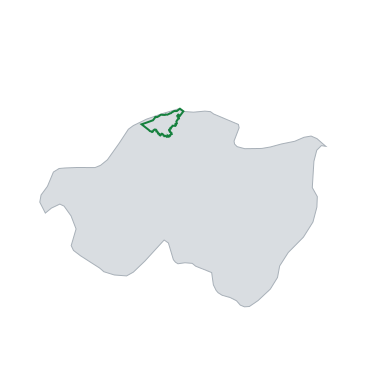 Rubavu, Western, Rwanda (highlighted), rotated 38°
{"feature_id": "39286606B86206624572237", "entity_name": "Rubavu", "entity_type": "district", "adm_level": 2, "iso_a3": "RWA", "parent_name": "Rwanda", "parent_adm1": "Western", "projection": "robinson", "projection_center": [29.369, -1.641], "detail": "fine", "context": "in_parent", "style": "outline", "palette": "green", "viewbox_px": 384, "rotation_deg": 38, "n_neighbors": 0, "source": "geoboundaries", "source_scale": "gbopen_adm2", "svg_char_len": 4862}
<svg xmlns="http://www.w3.org/2000/svg" viewBox="0 0 384 384"><g transform="rotate(38 192 192)"><path d="M157.1,117.3L161.0,117.2L187.0,110.2L189.6,112.4L193.8,126.0L196.0,128.0L199.6,128.5L206.9,125.4L220.2,114.7L226.1,108.2L232.9,99.1L241.7,88.8L246.6,79.9L251.4,74.6L257.6,73.0L264.6,73.4L269.4,73.6L265.4,75.8L264.6,82.3L269.2,92.8L284.1,114.5L293.6,118.5L299.7,127.0L305.8,141.2L307.6,159.0L305.1,180.4L306.6,196.3L312.0,206.7L313.5,220.3L310.9,236.9L307.7,246.9L304.0,250.2L299.7,251.4L294.0,250.3L287.0,251.7L279.4,254.8L274.6,255.3L271.6,254.7L266.0,252.0L257.1,243.4L240.6,248.2L236.1,248.1L230.0,252.1L225.1,257.2L222.1,257.5L219.0,256.8L204.8,246.7L199.6,247.0L197.4,275.5L195.1,291.3L192.1,298.4L181.9,305.2L171.6,309.1L166.0,308.8L143.5,310.9L134.6,311.0L129.8,308.6L123.4,292.5L111.4,285.3L99.9,281.9L95.3,282.9L91.1,291.3L89.4,298.9L78.3,293.7L74.9,287.3L74.6,276.5L70.5,261.6L72.8,255.3L77.2,251.2L86.4,243.4L100.5,232.5L103.5,227.3L105.5,218.7L104.6,198.6L103.2,181.7L104.9,175.7L111.3,162.6L119.9,149.2L130.0,135.0L136.0,133.6L144.0,128.2L152.4,120.3L157.1,117.3Z" fill="#d9dde1" stroke="#a8b0b8" stroke-width="1"/><path d="M138.2,163.9L138.3,163.7L138.2,163.6L138.3,163.5L138.4,163.4L138.5,163.4L138.5,163.2L138.4,162.8L138.4,162.7L138.5,162.7L138.4,162.6L138.5,162.6L138.5,162.3L138.6,162.2L139.0,161.9L139.2,162.0L139.3,162.0L139.9,161.9L140.0,161.9L140.0,161.7L139.9,161.4L140.0,161.4L140.1,161.2L139.8,160.8L139.7,160.6L139.7,160.4L139.7,160.2L139.8,159.9L140.0,159.5L140.1,159.4L140.0,159.2L140.3,158.8L140.1,158.7L139.9,158.6L139.7,158.4L139.6,158.2L139.4,158.2L139.2,158.2L139.0,158.3L138.9,158.2L138.7,158.1L138.3,158.0L138.2,158.0L137.9,157.9L137.8,158.0L137.7,158.0L137.3,157.9L137.1,157.9L137.0,157.7L136.9,157.5L136.9,157.4L136.7,157.2L136.7,157.3L136.6,157.2L136.6,157.3L136.4,157.3L136.3,157.2L136.2,157.2L136.0,157.3L135.9,157.4L135.7,157.3L135.6,157.1L135.6,156.9L135.7,156.7L135.9,156.2L135.8,155.9L135.7,155.4L135.8,155.4L135.9,155.2L136.0,155.1L135.8,155.0L135.9,154.8L135.8,154.6L135.7,154.4L135.8,154.3L135.9,154.2L135.9,153.8L136.0,153.7L136.0,153.4L136.0,153.2L135.9,153.0L136.0,152.8L136.0,152.7L136.0,152.4L136.0,152.2L136.0,151.9L135.9,151.7L137.1,150.9L137.5,150.6L138.1,150.2L137.4,149.2L137.2,148.8L137.9,148.6L137.7,148.3L137.7,148.2L137.5,147.9L137.4,147.5L137.7,147.2L136.5,146.3L136.3,146.1L136.2,146.0L136.2,145.7L136.2,145.3L136.2,145.2L136.1,144.8L136.2,144.7L136.2,144.1L136.1,143.8L136.1,143.6L136.0,143.4L136.0,143.1L136.0,142.9L136.5,142.1L135.7,141.4L135.6,141.1L135.5,140.9L135.3,140.7L135.2,140.8L135.2,140.7L134.8,140.7L134.4,140.7L134.4,141.0L133.5,141.1L133.5,139.8L133.9,139.8L133.9,139.4L134.8,139.4L135.6,139.3L135.5,133.7L131.2,133.8L131.0,134.4L130.3,137.2L130.3,137.3L130.2,137.5L129.7,138.0L129.3,138.3L128.9,138.6L128.6,138.8L128.4,138.9L128.2,139.1L128.0,139.5L127.8,140.0L127.5,140.8L127.1,141.6L127.0,142.2L127.0,142.5L126.9,142.8L126.7,143.2L126.5,143.4L126.2,143.6L126.1,143.8L125.9,144.5L125.7,144.8L125.0,146.2L124.0,146.9L123.6,147.1L123.5,147.4L123.4,147.4L123.2,147.9L123.1,148.0L122.1,148.8L121.9,148.9L121.8,149.0L121.5,149.2L121.1,149.5L120.9,149.6L120.7,149.7L120.4,149.9L120.0,150.2L119.9,150.3L119.8,150.6L119.7,151.0L119.6,151.3L119.4,151.9L119.1,152.8L118.5,154.2L118.3,154.4L118.2,154.5L117.8,154.9L117.7,155.0L117.3,155.2L116.9,155.4L116.9,155.5L117.0,156.3L117.1,156.6L117.1,157.4L117.1,159.2L117.1,159.5L113.1,165.9L110.6,169.7L120.0,169.7L121.1,169.9L121.3,169.9L121.9,169.7L122.2,169.6L122.3,169.5L122.6,169.3L122.8,169.2L123.0,169.2L123.3,169.1L123.6,169.3L123.7,169.2L123.8,169.1L123.9,168.9L123.9,168.7L123.9,168.4L123.9,168.1L123.8,167.9L123.6,167.4L123.7,167.2L123.8,167.1L123.9,166.9L123.8,166.7L123.9,166.2L124.0,166.2L124.3,165.9L124.3,165.7L124.5,165.6L124.8,165.4L124.9,165.2L125.1,165.1L125.3,165.1L125.6,165.2L125.7,165.3L125.7,165.2L125.8,165.2L125.9,165.3L126.0,165.4L126.2,165.5L126.4,165.5L126.6,165.8L126.9,165.8L127.0,165.8L127.3,165.9L127.3,166.0L127.5,166.1L127.8,165.9L128.0,166.0L128.3,166.2L128.5,166.1L128.8,166.2L128.9,166.6L129.2,166.7L129.4,166.8L129.7,166.7L129.8,166.8L130.0,166.7L130.2,166.4L130.4,166.3L130.5,166.4L130.5,166.5L130.8,166.7L131.1,166.8L131.3,166.9L131.4,167.0L131.5,166.9L131.6,167.0L131.9,167.0L132.0,166.8L132.2,166.7L132.3,166.7L132.3,166.3L132.3,166.2L132.2,166.1L132.3,165.9L132.3,165.6L132.5,165.5L132.4,165.5L132.5,165.4L132.5,165.2L132.4,165.0L132.4,164.8L132.5,164.8L132.6,164.7L132.7,164.8L132.8,164.7L133.0,164.7L133.3,164.5L133.5,164.6L133.8,164.6L134.1,164.6L134.3,164.7L134.5,164.7L134.6,164.8L134.7,164.7L134.9,164.8L135.0,164.8L135.4,164.9L135.5,165.0L135.8,165.1L136.0,164.9L136.0,164.7L136.3,164.4L136.4,164.2L136.6,164.0L136.7,163.9L136.8,163.9L136.9,164.0L137.0,164.0L137.3,164.1L137.6,164.1L137.8,164.0L138.0,164.0L138.0,163.9L138.2,163.9Z" fill="none" stroke="#15803d" stroke-width="2"/></g></svg>